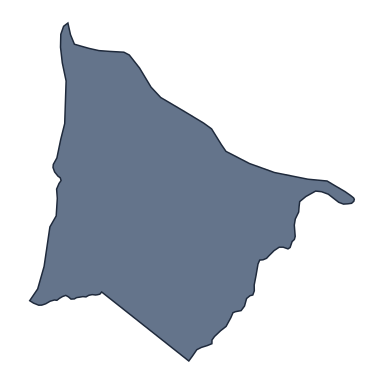 Baltasar Brum, Artigas, Uruguay
{"feature_id": "84410073B74350998718142", "entity_name": "Baltasar Brum", "entity_type": "district", "adm_level": 2, "iso_a3": "URY", "parent_name": "Uruguay", "parent_adm1": "Artigas", "projection": "natural_earth1", "projection_center": [-57.383, -30.74], "detail": "fine", "context": "isolated", "style": "filled", "palette": "slate", "viewbox_px": 384, "rotation_deg": 0, "n_neighbors": 0, "source": "geoboundaries", "source_scale": "gbopen_adm2", "svg_char_len": 1503}
<svg xmlns="http://www.w3.org/2000/svg" viewBox="0 0 384 384"><path d="M67.9,23.0L63.6,26.3L60.8,34.3L60.5,47.2L62.3,62.9L66.1,81.0L64.7,123.6L60.8,139.1L56.9,157.9L53.3,164.4L53.0,167.5L54.6,171.9L58.0,176.2L60.2,177.7L61.1,180.5L59.0,183.5L56.6,189.1L57.3,198.4L56.2,215.9L49.9,226.9L44.1,266.4L37.7,288.9L29.7,300.7L33.5,303.1L38.7,305.2L41.8,305.1L45.7,303.8L50.2,301.2L54.4,300.0L56.9,300.3L59.4,298.4L62.6,296.5L65.8,295.4L68.5,296.9L71.0,299.1L74.4,298.9L76.6,297.6L79.4,297.2L82.9,296.6L86.0,296.9L88.8,295.3L92.2,294.6L95.6,295.0L97.6,294.7L99.8,294.2L101.7,292.0L188.8,361.0L192.4,356.1L196.8,349.7L201.4,347.4L207.2,345.6L211.9,343.7L212.0,340.0L214.5,336.5L220.5,330.8L226.1,326.4L230.8,317.8L233.0,312.7L235.4,311.7L241.1,310.6L244.5,306.1L246.6,298.5L250.0,295.7L252.8,295.0L254.3,290.8L254.2,285.0L256.0,275.7L258.0,264.1L259.7,260.1L263.0,259.8L266.6,258.3L269.0,255.7L274.0,250.7L279.2,247.2L283.2,247.2L288.0,248.9L290.1,247.5L292.1,241.6L294.4,239.4L295.2,236.4L294.3,225.1L295.3,219.0L298.7,212.0L299.1,206.5L299.7,201.6L305.9,196.5L315.6,191.1L321.5,191.7L328.3,194.2L338.7,202.3L343.5,204.1L348.0,203.8L351.6,203.3L353.8,201.3L354.3,199.3L353.6,197.9L350.6,195.5L344.9,191.5L334.8,185.6L327.1,181.0L307.9,179.2L274.4,172.5L249.4,163.5L226.0,151.4L221.4,144.7L211.6,128.9L203.8,123.2L186.1,112.5L160.7,97.5L151.0,87.1L139.6,68.1L129.3,55.0L123.9,52.2L109.8,51.4L98.9,50.6L89.1,48.4L81.6,46.3L74.4,44.2L70.5,34.7L67.9,23.0Z" fill="#64748b" stroke="#1e293b" stroke-width="1.5"/></svg>